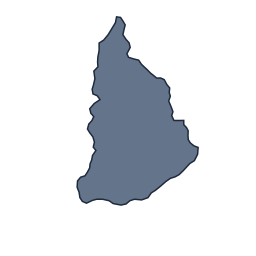 Embaúba, São Paulo, Brazil (Robinson projection), rotated 35°
{"feature_id": "56859067B66674358834369", "entity_name": "Embaúba", "entity_type": "district", "adm_level": 2, "iso_a3": "BRA", "parent_name": "Brazil", "parent_adm1": "São Paulo", "projection": "robinson", "projection_center": [-48.853, -20.954], "detail": "fine", "context": "isolated", "style": "filled", "palette": "slate", "viewbox_px": 256, "rotation_deg": 35, "n_neighbors": 0, "source": "geoboundaries", "source_scale": "gbopen_adm2", "svg_char_len": 1358}
<svg xmlns="http://www.w3.org/2000/svg" viewBox="0 0 256 256"><g transform="rotate(35 128 128)"><path d="M58.5,41.7L54.9,43.5L57.3,49.0L57.8,56.6L58.2,62.7L57.7,69.8L55.6,75.0L59.9,81.1L62.6,87.1L65.3,91.5L68.3,95.1L67.4,101.0L72.6,106.6L75.1,112.7L76.4,116.8L79.8,120.2L84.2,119.2L88.8,120.8L86.3,127.3L85.6,134.2L89.2,137.3L93.4,138.3L94.2,142.7L93.6,147.2L95.4,152.1L99.6,153.9L104.3,155.4L108.6,158.8L110.5,163.6L114.6,164.8L114.7,170.9L116.6,175.0L117.5,179.1L119.5,182.7L120.1,187.8L120.2,191.8L117.4,195.5L117.0,200.3L120.3,205.7L124.9,208.8L128.5,212.6L132.7,214.3L137.1,213.4L140.4,207.7L143.1,204.4L147.9,201.0L154.2,198.4L159.2,198.4L162.6,196.9L166.5,195.1L170.0,191.3L171.2,186.6L174.1,182.7L177.2,180.9L180.4,179.1L184.3,173.6L184.3,167.8L186.2,163.3L188.1,156.6L189.6,150.4L191.6,144.9L194.6,141.0L196.6,136.9L197.7,131.4L199.0,121.6L201.1,116.7L200.1,109.6L196.6,103.7L192.2,104.8L187.7,104.5L184.1,103.0L181.4,99.7L178.9,95.8L175.7,94.1L171.8,93.3L169.3,89.8L165.5,92.6L161.3,95.5L156.7,92.8L155.5,88.9L150.7,85.6L145.9,82.6L144.4,77.6L141.5,75.4L139.2,71.3L134.8,70.1L129.9,67.6L126.1,68.3L122.8,70.7L118.5,70.3L114.7,70.1L110.1,69.2L106.3,68.7L102.4,68.1L97.8,66.3L92.9,68.2L87.9,69.8L84.5,67.8L83.6,60.7L80.0,57.6L75.6,56.6L70.3,54.5L68.1,49.2L66.6,45.2L63.0,43.5L58.5,41.7Z" fill="#64748b" stroke="#1e293b" stroke-width="1.5"/></g></svg>